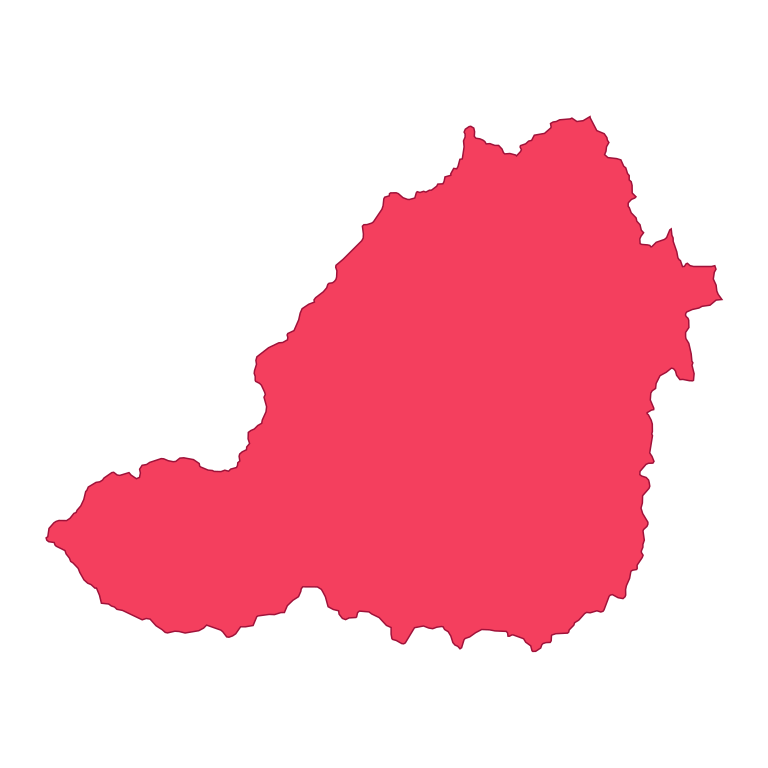 the district of Cajatambo, Lima, Peru
{"feature_id": "86281439B2149944224824", "entity_name": "Cajatambo", "entity_type": "district", "adm_level": 2, "iso_a3": "PER", "parent_name": "Peru", "parent_adm1": "Lima", "projection": "orthographic", "projection_center": [-77.034, -10.486], "detail": "fine", "context": "isolated", "style": "filled", "palette": "rose", "viewbox_px": 768, "rotation_deg": 0, "n_neighbors": 0, "source": "geoboundaries", "source_scale": "gbopen_adm2", "svg_char_len": 6096}
<svg xmlns="http://www.w3.org/2000/svg" viewBox="0 0 768 768"><path d="M255.2,380.2L255.7,381.4L259.6,383.4L261.4,385.2L264.6,392.1L265.3,394.5L264.0,397.2L266.6,406.7L266.0,411.8L262.3,420.0L261.7,423.3L257.8,425.5L254.3,429.0L250.9,430.5L248.3,432.4L248.1,438.9L249.6,443.5L246.7,447.0L246.5,449.7L242.1,451.9L239.7,454.0L239.1,456.3L239.8,461.0L237.8,462.7L237.5,465.5L236.5,467.5L230.7,469.1L228.6,471.2L224.8,470.2L221.0,471.6L214.0,471.4L212.4,470.5L208.1,470.1L200.5,466.9L199.7,466.1L199.2,463.5L193.5,459.6L183.8,457.8L179.9,458.1L175.8,461.4L173.2,461.7L168.2,460.7L163.7,458.8L161.2,458.6L149.7,462.4L146.6,464.5L142.1,465.3L139.6,469.2L140.4,473.0L139.5,477.4L136.4,478.7L131.1,475.1L129.0,472.6L119.8,475.4L117.2,475.0L113.7,472.3L111.8,472.6L104.0,478.0L102.5,480.1L99.8,481.8L96.0,482.4L88.3,487.0L86.8,490.4L85.7,491.5L83.8,499.5L80.8,505.9L77.1,510.2L76.1,512.5L73.9,513.4L70.0,518.3L66.6,520.6L58.9,520.5L56.1,521.4L53.9,522.8L49.0,528.4L47.8,536.7L46.1,537.9L46.8,540.2L48.7,541.7L54.2,542.5L55.0,545.0L56.2,546.2L65.0,550.6L66.1,553.9L69.4,558.1L70.7,561.4L73.1,563.0L78.2,568.4L79.8,572.5L84.0,579.9L87.7,583.2L91.1,584.6L94.9,588.1L96.5,588.1L99.5,595.3L101.4,603.2L108.6,604.0L111.4,606.0L114.5,607.0L116.9,609.3L122.5,610.4L142.2,619.8L146.2,618.5L150.1,619.1L156.0,625.7L162.2,629.7L165.2,632.4L167.5,632.9L174.9,631.2L179.1,631.5L185.1,633.0L198.8,630.7L203.6,628.1L206.6,625.1L220.8,630.1L222.8,631.8L226.7,636.9L229.0,637.2L232.6,635.9L235.7,633.8L240.6,626.8L245.4,626.8L253.1,625.5L256.8,616.6L258.1,615.9L269.2,614.4L274.5,614.6L280.8,612.6L284.4,612.5L287.3,605.7L293.0,600.2L298.5,596.7L300.8,591.4L301.2,588.9L302.7,586.8L317.4,586.9L321.4,589.4L322.8,591.8L325.4,596.8L328.1,606.7L333.3,609.5L338.6,610.8L339.1,614.2L342.4,618.4L345.6,619.6L349.1,617.9L355.9,617.5L356.6,616.9L357.6,612.6L359.4,611.1L369.0,611.9L371.6,613.9L379.2,617.6L386.4,625.4L391.1,627.5L391.1,634.2L391.9,638.6L392.6,639.4L396.3,640.5L401.8,643.6L403.7,643.8L405.3,642.9L414.5,627.7L423.5,626.0L428.7,628.0L432.7,628.7L436.7,627.2L441.5,626.5L443.1,626.8L444.6,629.5L448.2,631.7L450.8,636.0L452.9,642.6L454.9,645.0L457.8,646.3L460.0,648.8L461.6,647.7L464.0,639.8L465.1,638.5L469.7,636.9L475.6,632.7L481.7,629.5L489.4,629.8L495.0,630.9L506.3,631.4L507.6,633.0L508.0,636.2L509.5,636.2L511.9,634.9L513.1,634.9L523.6,638.7L525.7,642.2L530.7,645.8L532.0,650.7L532.7,651.4L535.7,651.3L540.7,648.0L541.9,644.6L543.1,643.5L546.0,642.6L550.2,642.4L551.2,640.8L551.5,635.5L551.9,635.0L555.8,633.7L567.6,633.1L568.7,632.1L569.2,629.9L573.8,625.2L574.6,622.7L578.8,620.1L584.7,613.5L586.6,612.4L590.2,612.8L596.9,610.8L600.8,612.0L603.0,611.3L604.0,609.9L609.1,596.3L610.3,595.1L612.4,594.6L618.1,597.7L623.0,598.6L625.0,596.8L625.7,595.1L625.6,589.5L626.4,585.7L629.6,578.4L630.8,571.8L631.3,570.9L632.7,570.2L636.6,569.5L637.2,568.4L637.1,565.2L642.2,557.6L643.1,555.2L641.5,552.7L641.3,551.1L642.9,547.2L642.9,544.4L644.3,540.2L643.0,530.9L643.6,529.5L647.0,526.3L647.9,524.2L647.9,522.2L642.7,513.6L641.0,508.1L642.4,503.0L642.6,495.7L649.0,488.4L649.8,486.2L649.2,482.5L648.6,480.1L646.2,477.5L641.6,476.0L639.8,474.6L640.0,471.4L646.0,464.4L648.4,463.3L652.9,463.1L654.0,461.4L652.0,456.4L649.7,452.9L652.5,435.6L651.7,434.0L652.4,431.5L652.3,424.0L651.2,420.2L648.4,414.8L647.2,413.8L647.1,412.7L651.4,410.1L653.7,409.6L653.8,408.2L650.3,400.0L650.8,393.1L652.2,390.8L655.6,388.4L656.1,383.5L660.0,375.7L666.2,372.3L671.3,368.2L673.1,368.5L674.2,369.4L675.5,371.2L676.6,375.3L679.9,379.6L682.8,379.4L689.4,380.7L692.7,380.8L693.5,380.3L694.1,373.7L692.0,365.2L692.9,362.8L691.9,361.2L691.2,353.9L688.8,343.3L685.9,338.6L685.6,336.3L685.6,332.4L688.9,327.5L688.7,320.2L688.0,318.3L686.2,316.6L685.5,315.1L685.8,313.3L686.8,311.9L692.3,309.5L699.0,308.0L702.1,306.3L710.0,305.2L716.1,300.1L721.9,299.5L718.2,294.4L716.8,291.0L716.1,285.1L713.3,279.0L714.3,272.3L716.0,269.2L714.8,265.7L711.5,266.5L693.6,266.5L690.0,265.6L687.4,263.3L686.1,263.8L684.4,266.4L682.5,266.6L680.4,260.5L679.4,260.0L677.9,257.8L676.8,251.8L673.2,241.4L673.1,237.9L671.9,235.3L671.2,228.9L669.8,229.9L666.6,237.6L664.5,239.4L656.2,242.3L651.8,246.7L650.8,246.8L649.8,245.4L647.6,244.9L641.6,244.4L640.1,243.6L639.8,238.9L641.0,236.2L643.6,232.7L641.3,230.2L640.0,224.7L636.8,221.2L636.1,217.9L631.2,212.8L629.3,207.7L628.2,206.3L628.2,203.1L628.9,202.1L631.5,199.4L634.8,198.0L636.0,196.8L632.2,193.0L632.1,185.4L631.2,181.7L629.2,179.9L629.2,175.5L627.5,173.5L625.8,167.9L623.7,166.2L620.9,159.9L616.7,158.6L607.9,157.6L604.6,154.6L606.0,151.2L606.5,146.8L608.9,142.5L607.4,140.2L606.9,137.6L604.2,133.7L596.8,130.6L590.2,117.9L590.0,116.6L583.1,120.7L576.9,121.5L571.9,118.1L570.2,118.9L559.6,119.8L556.3,121.5L553.1,122.0L550.5,123.5L551.1,126.8L550.8,127.9L544.5,133.4L534.3,135.2L531.6,140.4L528.6,141.1L525.7,143.8L520.5,145.6L520.1,147.0L521.4,149.8L520.5,151.6L516.5,155.9L515.6,155.0L509.9,153.5L504.8,153.9L503.5,152.7L502.0,149.0L498.6,145.4L494.8,145.4L489.9,143.6L486.2,143.9L484.8,141.5L482.9,140.1L479.8,138.8L475.9,138.2L474.3,136.4L474.6,131.7L473.8,128.1L470.8,126.3L469.1,126.6L465.3,129.2L464.1,132.1L465.1,134.0L465.1,137.1L463.5,140.9L464.1,146.8L462.3,158.9L459.9,159.3L458.0,166.5L456.7,168.8L453.7,168.4L450.8,173.7L450.8,175.3L445.0,176.9L444.1,181.4L442.9,183.8L437.8,184.1L436.7,186.2L431.4,190.2L429.4,190.2L425.9,192.1L423.6,191.3L420.0,192.5L417.2,191.7L416.3,192.8L414.8,198.0L409.4,199.5L407.5,199.4L403.0,197.7L398.3,193.6L396.2,192.8L390.6,192.9L389.5,193.7L389.3,195.8L384.7,197.2L383.8,198.9L383.1,205.7L381.9,209.3L373.4,221.9L371.7,223.1L367.0,224.6L363.9,224.7L362.4,226.2L363.4,234.0L363.2,238.1L361.7,240.8L343.1,259.3L336.0,265.3L335.7,267.3L336.9,270.8L336.6,277.1L335.9,279.5L334.4,281.4L332.5,282.8L329.0,283.3L327.8,284.4L326.7,287.8L323.3,291.8L315.6,297.7L314.0,299.9L314.4,302.1L308.8,304.2L302.1,308.7L300.2,313.1L298.7,319.8L294.0,330.6L287.8,333.5L287.1,335.0L287.8,337.3L287.5,339.8L282.7,342.5L278.8,342.8L268.6,347.7L256.9,356.8L255.9,360.4L256.5,364.3L254.5,370.7L254.2,373.4L255.2,376.3L255.2,380.2Z" fill="#f43f5e" stroke="#9f1239" stroke-width="1.5"/></svg>